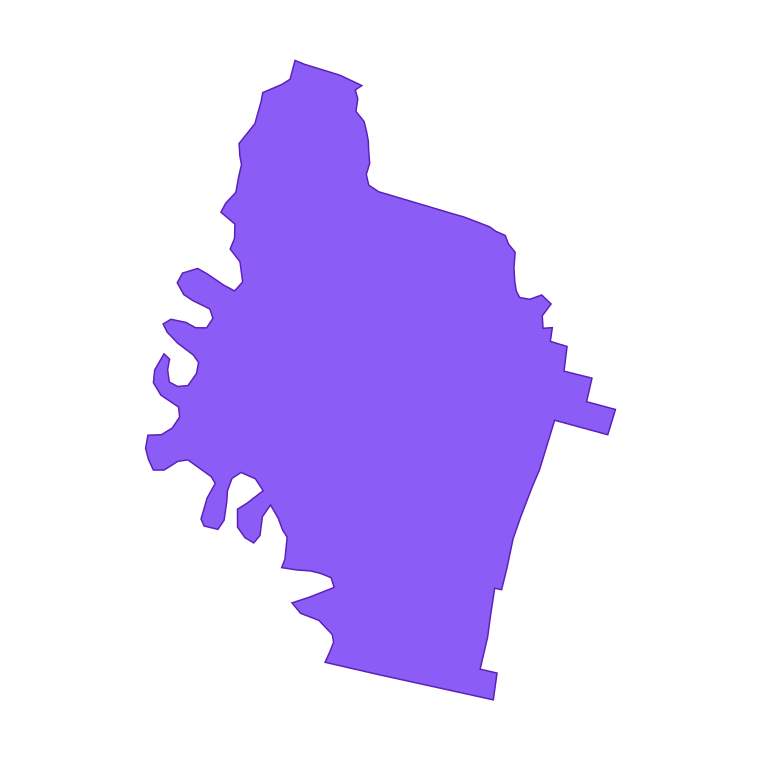 the district of Anta Gorda, Rio Grande do Sul, Brazil, rotated 197°
{"feature_id": "56859067B56588951135197", "entity_name": "Anta Gorda", "entity_type": "district", "adm_level": 2, "iso_a3": "BRA", "parent_name": "Brazil", "parent_adm1": "Rio Grande do Sul", "projection": "mercator", "projection_center": [-51.971, -28.974], "detail": "fine", "context": "isolated", "style": "filled", "palette": "violet", "viewbox_px": 768, "rotation_deg": 197, "n_neighbors": 0, "source": "geoboundaries", "source_scale": "gbopen_adm2", "svg_char_len": 1971}
<svg xmlns="http://www.w3.org/2000/svg" viewBox="0 0 768 768"><g transform="rotate(197 384 384)"><path d="M594.1,308.1L573.7,301.9L569.8,292.7L573.6,280.0L582.1,270.4L594.8,266.0L593.2,252.8L587.2,243.0L579.4,234.3L569.1,237.4L558.6,249.7L549.4,254.1L522.2,244.9L516.3,239.6L519.8,223.3L519.5,201.4L514.5,195.6L500.3,196.4L497.1,207.1L500.1,226.2L502.5,236.0L501.8,249.2L494.9,257.6L479.2,255.7L468.4,246.6L479.9,230.3L487.5,221.4L482.2,204.3L472.1,196.4L462.1,193.9L458.3,202.9L461.5,221.6L457.1,235.1L445.9,224.7L438.2,214.6L431.8,209.1L427.5,187.4L428.2,178.5L412.9,180.7L399.4,183.8L389.1,184.3L378.0,183.3L372.2,174.9L393.6,157.9L408.0,147.8L396.7,140.3L377.1,138.9L360.2,129.3L356.7,122.3L357.6,111.2L359.0,100.6L301.3,104.7L187.1,113.9L191.4,140.6L208.7,139.4L210.9,172.3L214.5,194.2L218.4,221.1L211.4,221.6L212.6,243.9L215.3,273.8L214.4,297.1L212.1,330.0L210.2,347.1L210.2,399.2L155.2,400.9L155.2,427.3L185.1,426.3L186.8,450.4L215.6,448.9L219.9,473.4L237.4,473.4L239.5,487.1L248.2,483.8L252.6,495.5L247.6,509.4L259.2,515.2L269.4,507.6L279.6,506.4L284.8,511.8L289.0,520.5L293.6,532.8L297.1,548.3L305.9,554.3L311.5,561.5L321.7,562.7L329.0,565.2L356.3,567.1L367.5,566.9L445.3,566.3L456.7,569.7L462.2,579.3L462.2,590.8L467.2,603.5L469.9,611.5L474.5,620.3L479.8,629.2L490.5,636.5L492.5,649.2L497.4,656.8L492.5,662.9L516.5,666.4L553.6,666.5L563.7,667.4L562.9,648.0L569.4,640.5L585.1,627.3L584.1,617.7L583.6,595.2L592.9,571.6L588.7,560.4L584.4,552.0L583.6,539.9L581.7,523.9L588.2,510.7L590.2,500.6L573.3,493.3L569.5,479.5L570.6,468.1L557.5,458.8L549.0,440.3L554.1,429.3L565.9,431.6L585.6,437.7L596.0,440.0L609.1,431.2L611.3,420.3L601.7,411.0L591.4,407.9L572.5,404.8L566.8,396.8L570.1,385.8L580.6,382.7L591.4,385.0L606.7,383.6L612.8,376.8L606.4,370.1L593.2,362.7L574.9,356.0L567.6,350.4L566.4,339.2L571.0,325.2L580.6,321.3L589.9,323.1L595.1,334.4L596.3,345.1L603.2,348.5L607.4,330.5L604.9,317.8L594.1,308.1Z" fill="#8b5cf6" stroke="#5b21b6" stroke-width="1.5"/></g></svg>